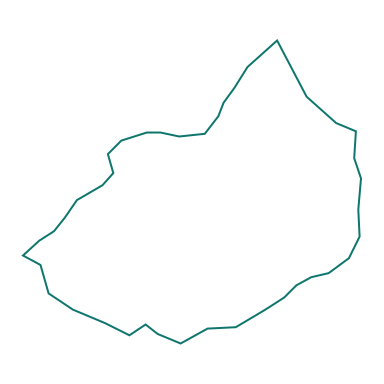 the district of Linou, Nicosia, Cyprus
{"feature_id": "46923920B61720062034579", "entity_name": "Linou", "entity_type": "district", "adm_level": 2, "iso_a3": "CYP", "parent_name": "Cyprus", "parent_adm1": "Nicosia", "projection": "albers", "projection_center": [32.903, 35.079], "detail": "fine", "context": "isolated", "style": "outline", "palette": "teal", "viewbox_px": 384, "rotation_deg": 0, "n_neighbors": 0, "source": "geoboundaries", "source_scale": "gbopen_adm2", "svg_char_len": 618}
<svg xmlns="http://www.w3.org/2000/svg" viewBox="0 0 384 384"><path d="M247.5,67.0L234.4,87.9L223.6,102.7L218.3,116.3L204.8,133.8L179.2,136.5L160.4,132.5L146.9,132.5L121.3,140.6L107.9,154.1L113.3,173.1L102.5,185.2L76.9,200.1L64.8,217.7L54.0,231.2L39.2,240.7L23.0,255.5L40.5,265.0L48.6,293.4L72.8,309.6L105.2,323.2L129.4,335.3L145.6,324.5L157.7,334.0L180.6,343.5L207.5,328.6L235.8,327.2L265.4,309.6L284.2,297.5L296.4,285.3L311.2,277.2L328.7,273.1L348.9,258.2L359.6,236.6L358.3,209.6L361.0,178.4L354.2,158.2L355.9,131.3L336.2,123.1L306.6,96.7L277.1,40.5L247.5,67.0Z" fill="none" stroke="#0f766e" stroke-width="2"/></svg>